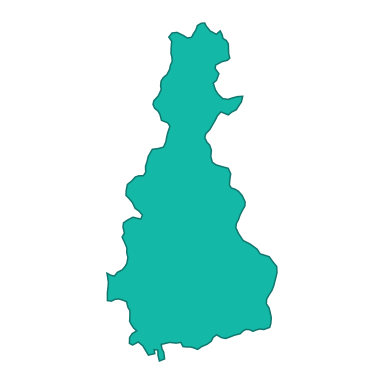 outline of Rialma, Goiás, Brazil
{"feature_id": "56859067B97969314154614", "entity_name": "Rialma", "entity_type": "district", "adm_level": 2, "iso_a3": "BRA", "parent_name": "Brazil", "parent_adm1": "Goiás", "projection": "albers", "projection_center": [-49.534, -15.316], "detail": "fine", "context": "isolated", "style": "filled", "palette": "teal", "viewbox_px": 384, "rotation_deg": 0, "n_neighbors": 0, "source": "geoboundaries", "source_scale": "gbopen_adm2", "svg_char_len": 2592}
<svg xmlns="http://www.w3.org/2000/svg" viewBox="0 0 384 384"><path d="M107.4,300.6L111.5,301.1L115.1,299.3L118.6,298.9L123.0,300.2L126.6,301.8L127.9,307.2L129.9,310.7L129.9,316.7L129.6,321.2L131.2,324.4L133.8,328.2L136.7,330.8L132.1,333.7L129.6,337.6L129.4,343.4L132.6,345.0L138.3,342.0L142.9,345.9L148.4,355.1L154.8,353.6L154.1,349.6L157.9,350.1L158.0,355.4L159.4,361.0L164.6,358.9L163.7,352.3L161.9,348.7L161.2,344.4L169.7,342.4L176.0,343.1L180.8,342.4L183.0,346.6L187.3,347.0L190.7,347.0L193.9,347.9L197.6,349.4L201.7,346.6L207.2,344.2L211.1,341.4L213.2,337.3L216.6,334.8L221.4,337.6L225.7,338.5L229.6,337.1L234.4,335.2L240.1,333.8L243.0,331.0L245.9,329.4L249.6,329.7L253.0,331.3L256.4,329.9L259.7,329.0L263.9,329.5L269.7,327.4L270.8,323.6L271.3,317.7L269.9,311.2L268.9,307.6L266.3,303.8L266.7,298.9L269.2,294.6L271.7,290.8L273.6,286.2L275.8,277.7L277.0,272.6L276.7,266.5L272.4,261.2L269.2,256.7L264.2,255.1L260.2,253.9L257.0,249.1L250.0,244.0L243.1,240.5L238.5,233.5L235.8,227.6L236.5,223.2L238.5,219.5L239.9,215.4L242.0,211.0L244.9,206.0L245.1,201.9L242.2,195.6L238.5,191.3L235.0,189.2L231.2,187.9L229.4,184.9L229.9,179.0L230.7,173.8L228.2,168.3L220.8,166.3L215.9,164.8L212.3,162.2L210.8,156.5L211.4,150.3L209.7,145.2L207.0,142.3L204.8,137.8L205.7,133.8L209.8,129.6L215.5,119.7L217.3,115.9L220.9,111.9L228.3,114.9L231.6,112.1L236.2,109.8L238.5,106.2L241.4,101.9L242.7,96.3L237.6,96.6L233.2,97.7L228.1,99.4L222.7,98.6L218.2,94.3L215.4,90.0L213.2,83.1L216.4,80.4L218.9,73.7L215.2,68.6L215.6,65.1L221.8,61.7L227.4,60.3L229.8,58.1L228.7,54.1L228.3,43.9L226.4,40.6L223.0,38.4L222.1,34.7L220.2,30.9L216.3,34.3L210.1,30.9L206.2,26.1L204.7,23.0L201.2,23.3L197.4,25.5L195.8,30.1L193.1,34.3L191.6,37.3L187.3,38.0L183.6,35.6L177.0,32.4L172.0,33.0L168.8,37.1L171.7,41.3L171.1,48.5L171.0,53.5L171.9,57.0L172.2,61.4L170.4,65.3L169.7,69.2L166.9,74.7L163.3,77.5L161.1,81.1L160.6,85.7L161.2,89.6L158.2,96.1L153.9,100.6L153.0,104.4L154.6,108.2L158.0,111.1L159.9,114.3L161.5,120.4L167.7,122.8L169.9,126.3L167.6,133.2L166.5,138.2L165.8,142.1L163.5,147.1L158.0,148.6L152.3,149.3L148.3,156.3L147.0,161.7L145.5,166.3L145.7,172.2L143.4,175.7L138.8,175.8L135.3,177.0L131.5,181.2L127.4,184.4L126.2,190.5L126.0,195.4L128.5,197.9L132.4,202.5L135.1,208.3L139.1,211.2L142.4,215.1L140.9,219.0L136.9,218.2L133.0,217.2L127.6,220.0L123.5,222.8L123.0,227.2L124.4,233.0L122.1,237.1L124.6,242.4L126.9,248.0L126.7,252.6L127.9,257.4L126.8,263.5L125.0,266.6L122.3,269.8L117.3,272.4L114.3,276.1L110.4,275.1L107.0,273.2L108.4,282.3L108.1,286.6L107.4,292.5L107.4,300.6Z" fill="#14b8a6" stroke="#0f766e" stroke-width="1.5"/></svg>